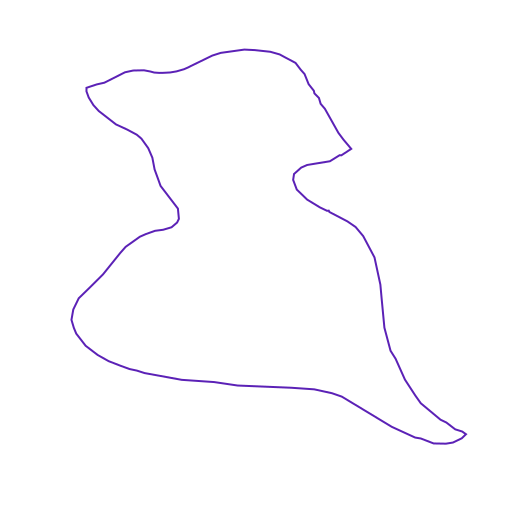 outline of Chiché, Quiché, Guatemala, rotated 264°
{"feature_id": "79465075B58448783087993", "entity_name": "Chiché", "entity_type": "district", "adm_level": 2, "iso_a3": "GTM", "parent_name": "Guatemala", "parent_adm1": "Quiché", "projection": "equal_earth", "projection_center": [-91.034, 15.008], "detail": "fine", "context": "isolated", "style": "outline", "palette": "violet", "viewbox_px": 512, "rotation_deg": 264, "n_neighbors": 0, "source": "geoboundaries", "source_scale": "gbopen_adm2", "svg_char_len": 1536}
<svg xmlns="http://www.w3.org/2000/svg" viewBox="0 0 512 512"><g transform="rotate(264 256 256)"><path d="M441.0,105.0L437.5,104.6L431.1,106.2L423.0,110.1L416.6,114.8L401.5,130.5L395.2,141.1L389.1,150.1L384.7,154.3L374.5,160.1L364.6,163.2L352.7,164.2L342.7,166.7L335.7,168.4L311.3,183.3L301.0,183.2L297.5,181.0L293.4,175.0L291.8,166.4L291.6,158.2L289.3,148.7L287.3,142.5L278.8,127.4L273.3,121.4L253.7,101.9L241.7,87.0L232.5,75.3L221.9,68.7L211.8,65.8L203.7,67.3L197.6,69.1L184.5,77.2L174.1,88.2L166.8,98.5L161.0,109.8L156.8,118.4L154.5,125.5L151.2,133.0L140.6,169.2L135.0,201.2L129.1,224.2L121.3,277.2L117.3,300.0L111.6,317.2L107.2,326.6L71.9,373.2L58.8,395.3L57.3,400.8L51.0,413.1L49.5,425.3L49.9,432.4L53.2,441.6L56.8,446.2L59.9,442.7L62.8,436.0L70.5,427.9L73.9,422.4L92.3,404.5L100.5,399.9L117.5,391.2L139.2,384.1L147.7,379.9L171.3,376.2L200.6,376.5L214.5,376.7L242.2,373.7L264.6,364.7L274.4,358.1L280.9,350.5L292.1,333.6L293.5,333.1L293.5,331.4L297.7,324.6L306.7,312.8L317.8,303.5L327.8,300.9L333.6,302.4L339.2,310.2L341.2,316.5L342.5,339.4L347.5,349.7L347.2,351.4L352.6,361.9L362.5,355.2L369.9,350.8L395.2,339.9L400.6,336.2L406.6,335.1L411.6,331.1L414.3,330.8L421.4,326.3L431.9,323.3L436.5,320.0L443.9,315.5L450.5,305.7L454.0,300.6L457.6,291.6L460.9,276.3L462.5,266.0L461.7,242.2L459.9,233.5L451.8,211.2L450.7,208.4L449.3,204.0L447.9,196.2L447.5,189.8L447.9,182.1L448.2,179.0L449.1,173.9L450.5,170.3L452.4,164.0L453.3,153.3L452.4,144.9L444.2,123.3L443.3,115.6L441.0,105.0Z" fill="none" stroke="#5b21b6" stroke-width="2"/></g></svg>